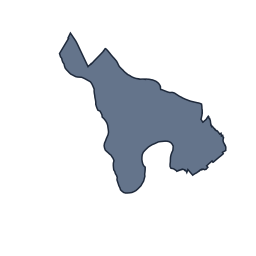 Stein, Limburg, Netherlands (Robinson projection), rotated 299°
{"feature_id": "6326949B81495248212156", "entity_name": "Stein", "entity_type": "district", "adm_level": 2, "iso_a3": "NLD", "parent_name": "Netherlands", "parent_adm1": "Limburg", "projection": "robinson", "projection_center": [5.769, 50.974], "detail": "fine", "context": "isolated", "style": "filled", "palette": "slate", "viewbox_px": 256, "rotation_deg": 299, "n_neighbors": 0, "source": "geoboundaries", "source_scale": "gbopen_adm2", "svg_char_len": 5583}
<svg xmlns="http://www.w3.org/2000/svg" viewBox="0 0 256 256"><g transform="rotate(299 128 128)"><path d="M184.6,180.7L184.5,180.1L184.4,178.9L184.2,178.0L184.0,177.2L183.6,176.2L183.4,175.3L183.2,174.7L181.8,169.7L181.7,169.0L181.5,167.9L181.4,167.5L181.4,166.9L181.0,164.4L180.7,160.5L180.8,160.4L180.8,159.5L180.7,158.6L180.7,156.8L180.8,155.7L180.9,154.5L181.1,151.9L181.0,151.1L180.8,150.2L180.6,149.5L180.3,148.9L179.6,147.9L179.2,147.1L178.9,145.9L178.7,145.0L177.9,139.0L177.5,137.9L178.3,137.3L178.9,136.9L179.6,136.3L179.8,136.4L180.6,135.5L181.0,134.8L181.4,134.1L181.6,133.6L182.0,132.6L182.1,131.9L182.3,130.9L182.4,129.5L182.2,128.0L182.0,126.4L181.8,125.7L181.5,124.9L181.1,123.5L180.7,122.5L180.1,121.3L180.0,121.0L179.9,120.7L179.5,120.0L179.4,119.9L178.8,118.8L178.7,119.0L178.3,118.0L178.3,117.8L178.2,117.6L178.0,117.3L177.7,116.7L176.9,115.5L176.6,115.0L176.6,114.7L176.5,114.4L176.2,113.9L176.3,113.7L176.1,113.2L176.0,113.4L175.8,112.7L175.5,111.8L175.2,110.8L175.0,109.9L174.8,108.9L174.7,107.9L174.6,107.0L174.6,106.0L174.6,105.1L174.7,104.7L174.7,104.1L174.7,103.0L174.6,102.9L174.6,102.1L174.7,101.4L174.8,100.5L175.0,100.4L175.0,100.0L175.1,99.2L175.2,98.5L175.4,98.0L175.7,96.6L175.9,96.3L176.2,95.4L176.4,94.5L176.6,93.8L176.6,93.5L176.9,92.7L177.2,91.7L177.3,91.2L177.5,90.7L177.7,90.3L178.0,89.9L178.4,89.2L179.0,88.4L179.8,87.3L180.3,86.5L180.9,85.6L181.2,84.7L181.6,83.8L181.8,83.3L181.8,83.1L182.2,82.2L182.8,80.3L184.0,77.1L184.3,76.5L185.0,74.7L185.3,74.0L185.7,73.0L186.0,72.1L186.5,70.4L186.4,69.6L186.1,69.5L185.4,69.5L184.7,69.4L184.1,69.3L183.6,69.2L183.5,69.4L177.7,67.9L174.4,67.0L169.3,65.6L168.6,65.5L165.7,64.7L165.4,64.5L165.3,64.4L165.5,64.3L164.7,64.1L163.4,63.5L162.3,63.3L164.3,60.5L166.3,57.7L168.3,54.9L176.5,43.5L177.6,41.9L178.7,40.2L179.6,38.5L183.1,31.6L177.7,31.9L177.7,32.0L177.6,32.4L177.5,32.6L175.3,32.5L159.9,32.0L159.1,32.9L157.6,34.4L156.8,36.2L155.1,37.7L153.9,39.2L153.0,41.0L151.1,42.7L149.9,44.1L149.1,46.0L148.5,48.0L147.9,49.8L147.4,51.8L147.5,54.0L147.5,55.6L147.6,57.5L148.2,59.3L149.3,61.6L149.9,62.9L150.1,64.9L150.2,66.9L150.2,68.8L150.2,70.7L150.2,72.7L149.3,74.6L148.3,76.1L147.0,77.8L145.7,79.5L143.6,80.6L141.9,81.8L140.2,83.2L138.5,84.4L136.8,85.9L135.1,87.2L133.1,88.3L131.5,89.9L130.2,91.4L129.0,93.0L129.2,95.4L128.1,97.1L126.9,98.8L125.0,100.2L124.6,102.1L123.9,103.9L123.1,105.6L121.9,107.4L120.4,109.0L118.5,110.4L116.8,111.7L114.9,113.0L112.6,113.8L110.5,114.0L108.2,114.2L105.7,114.6L103.4,114.8L100.9,115.7L99.2,117.1L97.7,118.8L97.2,120.6L96.8,122.5L96.3,124.3L96.0,126.3L95.1,127.9L94.2,129.7L92.6,131.6L90.2,132.2L88.1,133.3L86.3,134.5L84.5,135.8L83.6,137.5L82.0,139.1L81.0,140.9L79.6,142.5L77.3,143.5L75.9,145.0L73.1,148.0L71.8,149.9L70.3,151.5L69.8,153.4L69.5,155.5L70.0,157.5L71.0,159.2L72.2,161.0L73.5,162.7L75.3,164.1L77.0,165.2L79.1,166.0L81.2,166.6L83.7,167.3L86.4,167.3L89.0,167.4L93.9,166.2L95.8,164.9L97.9,164.1L99.9,163.2L102.1,162.0L102.6,160.0L103.8,158.3L105.4,156.8L107.2,155.4L109.3,154.3L111.5,153.4L114.2,153.1L116.5,153.6L118.9,154.3L121.4,155.1L123.4,156.2L125.3,157.3L127.0,158.7L130.7,161.4L132.0,163.2L134.4,166.7L135.3,168.4L135.9,170.2L136.0,172.4L135.4,174.2L134.2,176.2L132.2,177.2L130.1,178.1L128.0,178.2L125.5,178.6L123.2,179.3L121.1,180.3L119.0,181.4L116.8,182.3L114.8,183.4L113.6,185.1L114.4,187.4L114.3,189.4L114.1,191.3L113.8,191.7L115.1,192.8L115.0,192.2L115.1,192.4L115.4,192.8L115.7,193.1L116.0,193.4L117.4,194.6L117.1,194.6L117.4,194.9L118.2,195.7L118.5,196.0L118.7,196.7L118.7,197.0L118.7,197.3L118.7,197.7L118.6,197.9L118.9,197.9L118.9,198.4L118.7,199.0L118.3,199.8L118.0,200.5L117.6,201.0L120.7,200.5L118.1,207.5L118.9,207.8L119.6,208.2L120.9,208.9L121.1,209.1L121.4,209.3L121.7,209.5L122.0,209.7L122.4,209.9L122.6,210.0L122.9,210.0L123.2,210.2L123.4,210.4L123.6,210.5L124.1,210.7L124.3,210.7L124.4,210.9L124.8,211.2L125.0,211.2L125.3,211.1L125.7,211.4L125.9,211.4L125.9,211.5L126.3,211.6L126.6,211.7L126.7,212.0L126.8,211.9L127.0,212.0L126.9,212.1L127.0,212.2L127.3,212.4L127.4,212.5L127.5,212.5L127.8,212.8L127.9,213.0L128.0,213.1L127.9,213.2L128.1,213.3L128.2,213.5L128.4,213.7L128.4,213.8L128.6,214.0L128.6,214.8L128.7,215.0L128.7,215.3L129.3,215.8L129.5,215.9L129.7,216.3L130.7,216.5L132.4,216.9L132.5,216.6L132.7,216.1L132.9,215.6L133.1,215.1L134.5,215.6L135.6,215.9L136.9,216.4L139.9,217.5L139.2,218.9L139.4,219.1L142.3,220.2L146.8,221.9L147.3,222.1L148.4,222.6L151.7,223.8L152.1,223.1L152.5,222.4L155.7,224.4L156.1,224.2L156.8,223.8L158.1,223.2L158.6,222.8L158.8,222.7L159.2,222.3L159.3,222.1L159.7,221.7L159.8,221.5L159.8,221.3L160.0,221.3L160.3,220.8L160.2,220.8L160.5,220.4L160.8,219.9L161.2,219.3L161.6,218.7L161.8,218.4L162.1,218.1L162.3,217.9L162.7,217.6L163.3,217.1L163.5,217.0L164.2,216.7L164.3,216.7L164.6,216.6L164.8,216.5L165.0,216.5L165.7,216.3L165.9,216.2L165.8,215.9L166.7,215.1L167.5,214.3L166.3,213.6L168.5,211.9L167.1,211.1L167.6,210.2L168.5,208.1L168.7,207.7L168.7,207.3L168.8,206.9L168.4,206.7L168.7,204.8L169.1,204.8L169.5,203.3L169.4,203.0L169.6,202.7L170.0,201.7L170.4,201.0L169.7,200.5L171.3,198.9L171.1,198.8L174.4,196.4L175.6,195.1L175.4,195.0L176.3,193.3L176.8,193.4L177.2,192.5L174.3,192.2L173.4,192.2L171.0,191.3L170.2,191.0L169.6,190.8L169.7,190.6L169.4,190.5L170.7,188.2L170.9,187.6L172.0,187.4L172.4,187.3L173.2,187.0L173.5,186.9L174.0,186.8L174.2,186.7L174.7,186.6L175.7,186.2L177.2,185.7L177.3,185.6L177.3,185.4L177.7,185.3L179.0,184.6L179.6,184.2L180.1,183.9L180.3,183.6L182.7,182.1L183.3,181.7L183.6,181.5L183.9,181.2L184.5,180.8L184.6,180.7Z" fill="#64748b" stroke="#1e293b" stroke-width="1.5"/></g></svg>